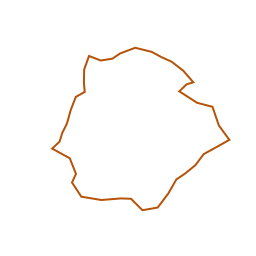 Strovolos, Nicosia, Cyprus (Mercator projection), rotated 51°
{"feature_id": "46923920B23243787591714", "entity_name": "Strovolos", "entity_type": "district", "adm_level": 2, "iso_a3": "CYP", "parent_name": "Cyprus", "parent_adm1": "Nicosia", "projection": "mercator", "projection_center": [33.346, 35.13], "detail": "fine", "context": "isolated", "style": "outline", "palette": "amber", "viewbox_px": 256, "rotation_deg": 51, "n_neighbors": 0, "source": "geoboundaries", "source_scale": "gbopen_adm2", "svg_char_len": 623}
<svg xmlns="http://www.w3.org/2000/svg" viewBox="0 0 256 256"><g transform="rotate(51 128 128)"><path d="M47.5,113.0L55.0,125.3L65.1,133.8L72.7,138.9L71.0,149.0L77.8,160.9L86.2,172.8L90.4,182.1L95.5,189.7L96.3,199.9L114.9,192.3L130.9,197.3L135.1,205.8L152.0,207.5L167.2,194.0L178.2,177.9L184.9,170.2L201.0,168.5L208.5,155.0L204.3,138.0L198.4,122.8L199.3,112.6L199.3,99.0L195.9,85.5L198.4,71.9L201.0,56.7L183.2,55.8L164.7,49.0L152.0,58.4L131.8,65.1L130.9,55.0L133.6,48.5L118.3,49.0L103.9,52.4L93.8,57.5L83.7,61.7L70.2,71.9L65.1,87.2L64.3,96.5L58.4,106.7L47.5,113.0Z" fill="none" stroke="#b45309" stroke-width="2"/></g></svg>